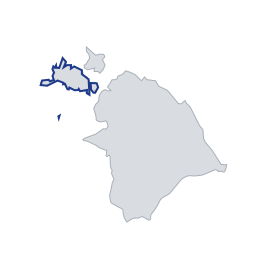 where Saare sits in Estonia, rotated 50°
{"feature_id": "EST-2352", "entity_name": "Saare", "entity_type": "Municipality", "adm_level": 1, "iso_a3": "EST", "parent_name": "Estonia", "parent_adm1": "", "projection": "mercator", "projection_center": [22.596, 58.233], "detail": "coarse", "context": "in_parent", "style": "outline", "palette": "blue", "viewbox_px": 256, "rotation_deg": 50, "n_neighbors": 0, "source": "natural_earth", "source_scale": "10m", "svg_char_len": 2989}
<svg xmlns="http://www.w3.org/2000/svg" viewBox="0 0 256 256"><g transform="rotate(50 128 128)"><path d="M199.4,189.2L198.6,189.3L194.4,188.6L189.8,186.3L187.7,184.6L185.7,184.6L183.3,185.8L174.6,189.0L172.5,188.3L167.5,185.1L165.0,181.6L159.4,174.6L159.0,173.0L158.2,171.7L152.3,169.9L150.1,167.3L148.2,167.0L145.5,165.7L138.5,160.2L136.8,159.7L136.4,160.6L136.5,161.9L136.1,162.7L135.2,162.6L133.5,160.6L131.6,158.8L125.6,162.2L123.4,163.1L121.5,163.3L111.9,167.7L109.0,170.1L107.8,169.8L108.0,167.6L112.0,156.4L112.7,147.4L114.2,146.2L114.6,145.0L114.0,142.1L109.9,140.3L108.2,140.5L106.7,143.6L105.1,145.8L101.5,147.2L98.3,144.9L91.0,141.7L89.1,137.6L88.7,133.4L84.8,129.3L83.2,124.5L83.8,121.1L87.3,118.9L88.3,117.0L83.9,117.3L83.0,116.8L82.8,115.1L80.8,109.2L82.6,106.9L83.3,104.6L81.9,102.6L82.3,100.4L83.4,98.2L82.7,93.0L87.1,90.3L91.4,88.3L100.5,87.3L99.6,82.6L103.3,82.3L109.5,76.6L115.7,77.6L124.5,73.6L141.7,73.7L144.0,71.4L143.6,69.1L143.7,66.7L146.9,67.3L152.3,66.9L172.4,71.7L177.4,71.7L184.3,76.6L188.0,77.9L198.9,77.9L215.7,80.1L219.1,76.8L219.4,75.9L221.0,77.7L223.0,80.7L223.6,82.4L222.9,83.4L220.9,84.3L220.4,85.2L219.5,86.7L217.1,87.0L215.9,88.2L214.4,93.2L211.7,101.5L207.6,107.8L204.3,111.2L202.8,113.8L201.9,117.0L201.7,120.2L204.8,137.4L204.8,140.5L204.0,143.7L203.5,147.0L203.9,149.8L206.0,154.5L208.2,161.6L209.1,166.2L210.6,167.8L212.0,169.0L212.3,169.8L212.3,170.6L211.5,171.5L205.1,173.9L204.3,175.9L203.6,178.1L200.8,181.4L200.0,184.4L199.5,187.9L199.4,189.2ZM56.2,126.7L58.3,128.1L60.3,127.6L62.3,126.6L66.7,127.6L76.6,134.6L77.5,136.5L71.6,137.4L70.3,139.6L68.8,141.1L67.1,141.6L64.3,144.6L60.4,147.5L59.6,149.2L52.6,148.9L48.7,150.0L45.7,153.2L44.4,159.5L42.1,164.3L39.8,166.1L37.4,166.4L36.8,164.5L37.1,162.7L42.1,155.8L43.2,153.6L40.7,152.6L38.5,150.2L33.9,147.4L33.1,145.1L34.2,145.0L35.2,144.3L36.4,142.4L37.0,140.2L33.3,133.9L35.2,132.9L37.6,133.1L40.0,135.0L42.6,132.8L43.7,132.5L45.6,133.2L47.4,129.0L51.9,127.6L54.0,126.3L56.2,126.7ZM65.4,114.7L63.0,117.6L61.5,116.4L60.7,115.0L57.5,121.5L53.9,122.7L51.8,121.4L52.0,118.9L49.9,112.5L46.8,110.7L42.4,110.5L39.2,107.8L51.5,106.0L52.8,103.0L55.3,99.8L57.1,99.4L58.7,100.2L59.0,102.7L59.4,103.7L65.0,105.1L67.2,109.2L68.0,114.3L65.4,114.7ZM78.1,130.8L75.6,131.4L69.7,127.3L71.1,124.5L72.8,123.4L77.8,125.1L78.5,129.3L78.1,130.8Z" fill="#d9dde1" stroke="#a8b0b8" stroke-width="1"/><path d="M65.4,126.9L77.8,136.2L74.9,137.2L72.5,135.0L69.0,141.1L66.4,140.6L66.8,141.8L64.8,144.6L59.3,146.9L60.4,148.6L59.4,149.5L53.7,147.9L52.8,149.6L51.9,148.4L46.4,151.4L43.6,162.8L39.0,167.3L36.4,163.3L40.1,157.7L42.0,157.9L43.6,154.0L39.7,152.4L38.0,149.0L34.4,148.1L32.8,145.6L34.7,145.3L33.7,142.8L35.8,144.2L37.8,142.1L32.4,133.1L37.4,133.0L40.2,138.2L40.6,134.4L43.2,131.2L45.8,133.6L46.2,129.7L54.1,126.2L57.1,128.7L65.4,126.9ZM77.7,124.8L79.9,130.5L78.7,131.8L74.9,131.7L69.5,127.7L73.7,123.2L77.7,124.8ZM74.5,172.5L75.9,174.6L74.3,173.8L74.5,172.5Z" fill="none" stroke="#1e3a8a" stroke-width="2"/></g></svg>